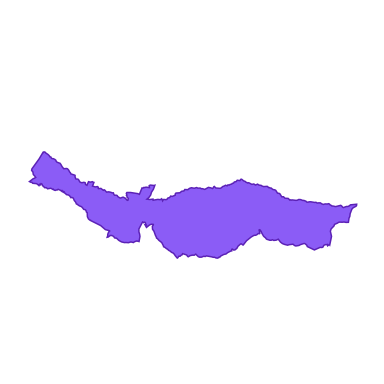 outline of Stefesti, Prahova, Romania, rotated 130°
{"feature_id": "2599482B54768609949993", "entity_name": "Stefesti", "entity_type": "district", "adm_level": 2, "iso_a3": "ROU", "parent_name": "Romania", "parent_adm1": "Prahova", "projection": "albers", "projection_center": [25.865, 45.269], "detail": "fine", "context": "isolated", "style": "filled", "palette": "violet", "viewbox_px": 384, "rotation_deg": 130, "n_neighbors": 0, "source": "geoboundaries", "source_scale": "gbopen_adm2", "svg_char_len": 6083}
<svg xmlns="http://www.w3.org/2000/svg" viewBox="0 0 384 384"><g transform="rotate(130 192 192)"><path d="M288.5,323.2L288.1,321.6L287.5,320.7L287.7,319.6L285.5,316.4L285.4,314.0L285.2,314.0L285.4,313.3L283.8,313.5L283.9,312.8L282.6,313.0L282.4,311.8L283.1,311.0L283.1,309.9L283.4,309.5L283.2,308.3L283.4,307.6L282.3,306.3L282.4,304.7L279.9,302.6L279.6,301.2L279.6,300.5L279.0,300.1L279.2,299.0L278.7,297.8L277.6,297.2L277.2,296.6L276.0,296.3L275.3,294.0L275.2,292.3L274.7,292.8L274.4,292.5L274.6,292.2L274.1,290.2L274.8,290.2L274.5,288.1L274.7,286.5L273.8,284.9L273.6,284.1L273.7,282.8L274.2,281.1L273.4,280.6L273.0,279.0L274.2,276.7L274.5,274.8L275.5,272.8L275.1,272.0L275.2,270.6L274.8,268.6L274.3,267.4L274.4,265.9L274.9,263.8L274.2,262.4L274.2,261.9L274.5,261.0L275.2,260.1L275.2,259.0L278.2,256.2L279.2,254.0L279.2,252.4L278.9,251.7L279.1,251.6L276.4,240.3L276.5,234.2L274.7,230.3L274.8,230.0L275.9,230.1L277.4,229.8L278.8,229.2L279.6,228.5L281.2,227.9L280.3,227.2L277.9,226.7L276.8,225.4L276.4,223.5L276.9,221.9L276.8,221.4L276.1,220.5L275.9,219.9L276.1,217.2L275.9,215.7L275.5,213.8L274.1,211.1L273.2,210.2L271.7,208.1L269.5,206.7L268.4,204.4L266.9,204.0L265.0,202.8L264.0,200.7L259.5,203.3L257.9,205.1L256.7,207.0L254.5,208.9L246.8,210.6L246.5,209.4L245.6,209.4L245.8,209.4L245.4,208.4L245.6,207.8L246.2,207.1L246.7,205.7L247.1,205.9L247.4,206.7L248.4,204.1L244.8,203.4L243.6,202.9L242.6,202.2L241.7,200.8L242.0,200.5L243.8,200.3L245.9,198.3L246.5,195.9L248.7,192.2L249.4,190.5L250.1,189.5L249.9,188.7L250.3,186.3L250.2,182.7L251.6,179.3L252.2,178.6L251.8,177.1L251.8,175.0L251.5,174.1L251.7,172.5L251.3,170.5L251.4,169.0L250.9,167.3L251.0,165.8L251.6,163.8L252.1,160.8L251.6,160.6L249.7,160.8L248.8,159.8L247.4,159.7L246.5,159.2L245.3,159.6L243.8,156.0L243.7,155.4L244.2,153.9L244.0,153.2L242.1,152.6L240.2,151.2L238.9,149.6L237.2,149.2L237.5,145.6L237.0,144.2L235.6,142.7L233.8,141.8L232.8,140.3L231.7,139.9L229.0,135.2L228.4,133.8L227.5,132.8L227.1,131.2L226.2,129.9L224.8,129.2L224.3,129.4L223.6,128.7L222.5,128.8L219.4,127.5L217.6,126.1L215.5,125.7L212.2,124.3L211.6,123.7L210.7,124.5L210.0,124.6L209.7,124.2L209.7,122.8L208.8,121.9L206.3,121.4L204.0,121.9L200.6,121.4L200.0,120.8L199.9,119.0L199.7,118.7L194.3,118.9L188.3,117.7L185.3,116.6L184.2,115.4L182.8,114.8L181.2,114.6L180.7,113.6L180.3,113.4L180.0,113.5L179.8,114.0L179.1,114.6L178.0,116.2L177.5,116.1L177.3,115.5L177.8,113.6L178.5,112.4L179.8,108.9L179.9,107.7L179.8,106.4L180.2,104.9L180.1,104.2L178.9,101.3L178.0,100.3L176.9,99.7L176.5,98.2L174.7,96.5L172.7,95.6L173.5,92.0L173.4,89.6L172.7,87.5L171.3,84.6L169.8,83.6L167.1,81.1L167.1,79.2L166.8,78.1L166.2,77.4L164.2,75.7L162.6,75.1L159.6,73.2L159.1,72.6L158.9,71.8L159.0,69.8L159.7,68.6L157.7,61.0L152.1,58.3L151.0,56.8L150.1,56.3L148.2,56.7L147.3,56.4L146.0,55.5L145.7,54.6L145.3,54.5L146.0,53.5L144.1,53.1L144.0,52.9L144.1,52.4L136.3,56.6L133.1,60.8L130.8,61.7L126.8,61.4L125.2,62.0L122.2,60.5L121.2,60.3L120.2,59.6L118.5,57.4L117.3,56.3L116.3,54.5L114.7,52.7L111.1,54.9L109.3,55.4L107.0,56.9L102.4,58.5L100.4,58.4L97.5,57.2L96.5,57.3L95.5,58.0L99.9,62.3L102.0,62.8L102.9,63.3L103.8,64.4L106.6,66.0L106.8,66.9L106.5,68.4L106.6,69.5L110.6,72.4L111.2,73.1L111.6,74.1L112.8,76.0L112.8,77.0L113.1,78.0L112.9,79.0L113.1,79.8L114.3,80.7L115.6,82.4L117.1,83.4L117.8,85.4L117.7,86.5L118.2,87.0L118.5,87.6L120.0,89.0L120.2,90.4L121.2,91.4L123.2,94.8L124.3,96.0L125.4,96.7L126.0,97.9L125.8,98.7L126.5,100.8L127.3,101.8L128.0,103.9L129.1,105.4L130.7,106.1L131.6,107.0L133.7,110.2L134.4,110.7L134.5,111.3L135.3,111.7L135.1,114.2L136.8,116.5L137.0,116.9L136.8,118.8L138.0,120.2L136.9,123.4L137.0,124.3L137.9,125.8L136.9,128.9L137.1,129.9L138.1,131.7L138.1,134.0L138.7,134.6L138.8,135.4L139.4,136.2L139.2,137.6L139.4,138.1L141.8,140.6L142.4,142.2L142.5,143.4L143.2,144.3L143.7,145.4L143.8,146.8L145.9,147.9L146.1,149.8L147.7,151.1L148.3,154.0L148.5,154.6L149.3,155.1L149.5,156.2L149.8,156.7L149.7,158.0L150.3,159.7L150.3,161.8L150.5,162.5L151.0,162.8L152.5,162.6L153.9,164.9L155.7,164.9L157.1,166.0L158.5,165.9L159.6,166.7L160.5,166.7L161.8,167.7L162.7,167.9L163.4,169.0L164.7,169.1L165.3,170.7L166.6,171.1L167.9,171.9L170.4,172.4L171.1,172.8L173.6,176.3L173.4,178.5L174.0,178.7L175.5,178.4L176.2,178.6L176.7,180.2L177.9,182.4L181.8,183.9L182.7,186.1L183.5,187.0L183.7,188.2L185.3,190.0L185.6,191.3L187.7,192.7L189.1,195.2L190.9,196.3L192.9,196.7L194.7,199.1L196.4,198.9L198.1,200.4L200.4,200.8L203.1,203.6L204.2,203.6L205.3,202.8L208.1,204.3L208.8,205.7L210.7,205.6L212.1,206.6L213.8,206.5L214.7,207.1L215.7,208.7L216.2,209.1L217.7,208.8L216.7,210.9L218.3,211.4L219.6,213.4L223.3,216.5L222.5,217.3L224.9,219.5L226.4,221.9L223.8,221.5L220.9,221.7L218.2,222.9L214.8,223.3L210.7,224.8L211.5,225.4L213.5,228.4L214.6,228.9L216.0,227.4L217.8,230.3L219.2,231.3L219.4,231.8L220.6,232.1L221.0,232.9L227.6,230.8L228.1,232.5L231.9,238.8L234.3,241.6L235.3,241.4L236.0,240.2L236.8,240.0L236.8,239.3L237.7,238.5L237.8,236.8L238.0,236.5L239.6,235.8L239.9,236.1L240.0,236.8L239.6,239.2L239.9,239.8L240.0,241.0L240.5,241.7L242.7,243.0L243.0,244.0L243.2,246.0L242.8,247.0L243.1,247.9L244.2,249.2L244.2,250.0L243.2,251.7L243.9,252.5L244.4,254.0L245.4,255.9L247.0,257.4L246.6,260.3L246.9,260.8L247.5,260.8L247.7,261.0L247.8,264.1L249.6,265.9L249.5,266.2L248.6,266.9L248.6,267.9L250.3,269.4L251.4,272.0L247.7,273.3L248.1,274.2L248.1,274.9L249.8,276.2L250.6,277.9L254.4,276.8L254.6,277.9L254.6,278.5L253.6,279.6L253.6,280.2L254.3,281.3L255.1,281.8L256.0,282.8L256.4,284.3L255.4,287.1L255.6,287.9L256.5,289.0L256.6,289.7L255.9,290.6L255.6,291.4L254.7,291.9L254.4,292.5L256.0,296.5L255.4,297.5L255.4,298.3L254.5,300.6L254.3,301.8L254.3,302.5L254.7,303.3L256.6,305.2L256.1,307.8L255.1,310.3L255.0,311.1L254.8,311.4L255.9,314.5L255.8,315.7L255.2,316.7L255.2,318.0L255.6,319.6L256.4,320.8L256.4,321.5L255.9,322.7L256.4,323.4L256.0,324.4L255.8,326.2L256.1,329.3L255.9,330.2L256.4,331.2L257.3,331.1L257.4,331.6L264.9,330.4L277.2,329.5L278.6,328.7L278.9,326.8L280.6,324.8L280.9,322.6L281.3,321.1L283.3,321.8L283.8,322.2L288.5,323.2Z" fill="#8b5cf6" stroke="#5b21b6" stroke-width="1.5"/></g></svg>